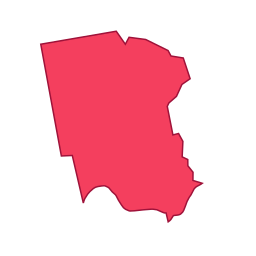 Dyer, Tennessee, United States of America (Albers equal-area conic projection), rotated 258°
{"feature_id": "52423323B67053212067628", "entity_name": "Dyer", "entity_type": "district", "adm_level": 2, "iso_a3": "USA", "parent_name": "United States of America", "parent_adm1": "Tennessee", "projection": "albers", "projection_center": [-89.571, 36.047], "detail": "fine", "context": "isolated", "style": "filled", "palette": "rose", "viewbox_px": 256, "rotation_deg": 258, "n_neighbors": 0, "source": "geoboundaries", "source_scale": "gbopen_adm2", "svg_char_len": 976}
<svg xmlns="http://www.w3.org/2000/svg" viewBox="0 0 256 256"><g transform="rotate(258 128 128)"><path d="M216.5,147.9L210.5,142.8L225.1,136.6L228.1,60.1L114.5,57.0L112.7,67.8L63.9,68.7L65.8,69.7L67.8,71.0L71.7,74.8L73.8,77.6L76.0,81.5L76.8,83.8L77.0,86.4L76.8,90.0L76.5,92.5L76.1,93.6L74.4,95.9L73.4,96.9L68.8,99.3L65.4,101.8L64.3,102.3L59.2,103.7L54.1,105.6L51.0,107.0L49.0,108.7L46.8,111.8L46.4,112.7L45.7,117.1L44.8,125.9L43.8,133.5L43.4,135.5L42.0,139.3L38.2,144.6L37.4,145.9L37.0,147.6L27.9,147.8L28.6,149.4L29.5,150.8L32.8,154.1L32.9,154.5L32.5,158.9L32.6,160.5L32.9,161.6L34.3,163.9L35.8,165.3L39.4,167.7L43.9,170.5L47.5,173.5L49.4,175.6L54.6,179.9L55.9,181.7L56.6,183.3L57.8,187.5L58.5,189.1L63.2,180.6L71.2,182.4L78.6,178.7L84.7,179.9L88.5,175.0L103.5,178.9L112.1,176.3L111.9,170.5L141.0,170.9L144.0,173.2L148.9,182.0L159.4,189.8L163.3,199.0L185.0,196.6L189.5,185.0L195.4,183.3L210.9,163.7L216.5,147.9Z" fill="#f43f5e" stroke="#9f1239" stroke-width="1.5"/></g></svg>